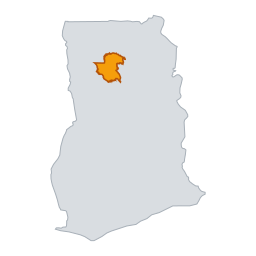 North Gonja, Northern, Ghana shown in context
{"feature_id": "2480657B69696031481498", "entity_name": "North Gonja", "entity_type": "district", "adm_level": 2, "iso_a3": "GHA", "parent_name": "Ghana", "parent_adm1": "Northern", "projection": "mercator", "projection_center": [-1.377, 9.69], "detail": "fine", "context": "in_parent", "style": "filled", "palette": "amber", "viewbox_px": 256, "rotation_deg": 0, "n_neighbors": 0, "source": "geoboundaries", "source_scale": "gbopen_adm2", "svg_char_len": 6681}
<svg xmlns="http://www.w3.org/2000/svg" viewBox="0 0 256 256"><path d="M161.4,17.2L163.6,19.3L164.1,20.5L163.3,25.1L161.7,28.4L160.7,31.4L160.8,32.9L161.8,34.4L165.2,36.7L166.9,38.3L169.0,40.6L171.3,42.9L175.4,45.8L177.1,46.4L177.0,47.2L176.4,48.3L176.1,59.3L175.7,62.2L175.5,63.6L175.1,67.7L174.7,68.3L173.9,68.3L173.2,68.4L173.0,69.2L173.3,70.1L175.7,70.7L175.2,71.3L173.4,71.9L172.6,73.1L172.9,74.5L171.9,75.6L172.2,76.4L172.9,77.0L173.9,76.8L176.7,74.9L177.9,74.7L179.4,75.1L182.1,77.9L182.2,79.4L181.1,84.2L180.0,87.9L179.8,92.9L181.0,95.7L180.8,97.2L179.6,98.6L176.8,100.5L177.0,101.8L178.3,104.2L180.6,107.0L185.3,110.3L187.7,114.7L187.8,116.5L186.3,118.3L184.7,119.8L184.1,122.1L184.9,136.8L181.2,143.1L181.2,144.9L181.5,147.0L182.5,148.3L184.4,148.7L185.9,149.9L185.4,154.4L184.6,158.9L184.4,161.1L184.0,162.2L182.5,163.0L182.0,164.5L182.4,166.2L182.1,167.5L182.9,169.2L184.5,171.4L187.2,176.6L188.3,177.0L188.7,178.1L188.4,179.2L189.5,181.5L192.4,183.8L195.6,185.9L198.1,186.1L198.7,188.0L200.4,190.3L201.6,191.3L203.5,191.9L205.1,192.3L205.1,194.2L202.3,195.6L200.4,197.6L198.9,200.6L196.9,204.0L189.9,205.8L187.2,205.8L172.8,205.9L159.4,212.5L151.7,214.8L146.9,218.6L140.5,221.2L136.0,224.4L126.7,226.0L111.5,231.0L106.8,233.0L101.9,236.5L94.1,240.6L91.0,240.6L84.9,236.7L80.3,234.8L69.0,231.9L60.6,230.7L56.5,229.5L55.4,229.2L56.3,227.9L58.7,227.8L61.2,228.2L63.0,227.1L65.8,227.0L66.5,225.9L66.7,223.1L66.7,220.9L67.6,219.9L67.9,217.2L66.5,211.4L65.6,210.7L60.7,209.9L60.3,208.7L59.4,207.5L58.5,204.4L57.4,199.9L55.7,194.4L52.4,185.2L51.6,181.9L51.0,178.6L50.9,174.6L51.5,173.2L51.4,171.1L51.1,169.1L53.5,164.4L58.0,158.6L59.0,156.6L59.8,155.1L60.0,153.1L60.8,146.4L63.0,138.3L64.3,135.2L65.3,133.6L66.4,130.9L66.7,129.6L70.9,126.4L72.8,125.6L73.2,124.3L72.6,122.9L72.9,122.0L73.9,121.5L75.4,121.2L76.6,119.9L74.8,109.9L73.3,99.9L73.3,99.0L72.4,97.6L71.6,93.5L70.1,91.1L68.2,90.4L68.2,88.1L70.2,84.3L70.7,82.0L69.7,81.4L69.6,79.6L70.3,76.8L69.9,75.0L69.6,73.2L67.5,68.8L67.0,65.7L68.1,63.9L68.0,59.9L66.9,53.8L66.7,49.9L67.5,48.3L67.1,46.7L65.6,45.3L65.5,43.9L66.8,42.5L66.6,41.4L65.0,40.6L63.6,38.7L62.3,35.7L62.6,30.9L65.0,22.1L65.3,21.3L68.0,21.4L68.0,21.8L76.4,21.7L86.1,21.6L97.6,21.5L108.1,21.4L108.6,21.0L110.3,20.5L120.9,21.4L127.5,20.9L130.3,21.2L132.4,21.8L136.9,21.4L139.4,21.7L141.2,23.9L142.0,23.9L143.0,22.9L144.8,21.9L146.7,21.0L148.0,19.3L148.8,18.0L150.0,18.2L151.8,18.2L152.9,17.1L153.4,15.4L161.4,17.2Z" fill="#d9dde1" stroke="#a8b0b8" stroke-width="1"/><path d="M94.6,62.9L95.0,63.2L95.2,63.4L95.4,63.7L96.2,64.5L96.5,65.0L96.9,65.7L97.0,66.1L97.1,66.4L97.1,66.5L97.3,66.7L97.3,66.9L97.4,67.1L97.3,67.4L97.3,67.5L97.2,67.7L97.4,68.1L97.5,68.3L97.6,68.5L97.9,68.9L98.1,69.1L97.9,69.3L97.8,69.5L97.7,69.4L97.6,69.5L97.4,69.7L97.5,69.8L97.3,70.2L97.3,70.3L97.2,70.5L96.9,70.8L96.7,71.3L96.8,71.3L96.7,71.4L96.9,71.6L96.9,71.8L97.0,72.0L97.3,72.1L97.5,72.5L98.1,72.2L98.4,72.2L98.5,72.3L98.6,72.5L98.6,72.8L98.8,72.9L98.8,73.0L98.7,73.1L98.5,73.6L98.8,73.7L98.8,73.8L99.4,73.9L99.5,73.9L99.4,74.2L99.6,74.2L99.6,74.3L101.7,74.3L102.1,74.5L102.4,74.8L102.7,75.3L102.9,75.5L103.1,75.8L103.3,76.0L103.4,76.5L103.4,76.9L103.2,77.1L103.4,77.4L103.5,77.4L103.6,77.5L103.6,77.9L103.6,78.0L103.8,78.4L104.1,78.7L104.1,78.9L104.4,79.1L104.8,79.2L105.3,79.7L106.1,80.1L106.3,80.4L106.5,80.5L106.9,80.6L107.1,80.8L107.3,80.9L107.7,81.3L107.7,81.5L107.9,81.7L108.0,81.8L108.1,81.7L108.2,81.9L108.5,81.9L108.6,82.1L108.8,82.2L109.0,81.9L109.1,81.7L109.3,81.7L109.2,81.5L109.3,81.4L109.4,81.2L109.4,81.3L109.5,81.3L109.5,81.2L109.9,81.1L110.1,80.9L110.2,80.7L110.3,80.7L110.4,80.9L110.4,81.0L110.5,81.2L110.5,81.3L110.4,81.3L110.5,81.4L110.6,81.5L110.6,81.4L110.7,81.5L110.9,81.6L111.1,81.5L111.2,81.4L111.3,81.4L111.2,81.5L111.3,81.5L111.4,81.4L111.5,81.3L111.5,81.2L111.6,80.9L111.6,80.7L111.7,80.8L111.7,80.7L111.8,80.7L111.7,80.5L111.8,80.5L112.0,80.5L112.1,80.4L112.2,80.6L112.9,80.8L113.1,80.7L113.4,80.7L113.5,80.5L113.6,80.4L113.8,80.3L114.0,80.3L114.2,80.5L114.4,80.3L114.5,80.0L114.9,80.1L114.7,79.9L114.8,79.8L114.9,79.7L115.0,79.6L114.9,79.5L115.1,79.6L115.3,79.6L115.4,79.4L115.5,79.3L115.4,79.2L115.5,79.0L115.9,78.9L116.1,78.9L116.1,79.0L116.1,78.8L116.3,78.9L116.4,78.7L116.5,78.7L116.8,78.7L117.0,78.5L117.3,78.7L117.5,78.9L117.8,79.0L118.1,79.3L118.3,79.9L118.7,80.3L119.0,80.5L119.8,81.6L120.1,81.8L120.4,81.8L120.5,82.0L120.6,81.8L120.2,81.4L120.0,81.1L120.0,80.9L120.0,80.7L119.7,80.5L119.6,80.3L119.7,80.2L119.9,80.3L119.8,79.9L120.0,79.6L120.0,79.3L120.1,79.1L120.2,78.9L120.3,78.5L120.4,78.4L120.4,78.0L120.5,77.9L120.5,77.2L120.3,76.9L119.2,74.0L119.0,73.8L118.7,73.7L118.1,73.0L118.1,72.8L118.1,72.6L117.1,71.7L116.3,70.8L116.2,70.7L116.0,70.4L116.2,70.2L116.6,70.1L116.9,69.9L117.5,69.6L117.5,69.4L117.6,69.2L117.9,69.1L118.0,68.9L117.8,68.9L117.7,68.8L117.8,68.7L117.7,68.6L117.8,68.6L117.8,68.4L117.8,68.0L117.9,67.8L117.7,67.7L117.7,67.4L117.4,67.2L117.2,67.1L117.2,66.8L117.0,66.7L116.9,66.5L116.8,66.3L116.9,66.1L116.8,65.9L116.8,65.7L117.0,65.6L116.9,65.4L116.8,65.0L116.9,64.6L116.8,64.4L116.7,64.0L116.9,63.6L117.1,63.5L117.6,63.5L117.7,63.8L118.2,63.7L118.0,63.2L118.3,62.9L118.2,63.1L118.4,63.4L118.7,63.4L118.7,63.5L119.1,63.7L119.5,63.7L119.8,63.2L119.8,62.9L120.2,62.9L120.7,62.8L120.9,62.9L121.0,63.1L121.2,63.3L121.4,63.3L121.5,63.7L121.5,63.8L121.8,63.9L122.1,63.9L122.5,63.7L122.9,64.1L123.0,63.8L122.9,63.7L123.1,63.2L123.0,62.9L123.3,62.4L123.2,62.3L123.4,62.2L123.3,61.9L123.3,61.1L123.0,60.9L122.8,60.5L122.7,60.4L122.8,59.4L122.8,58.9L122.8,58.5L123.3,58.4L123.6,58.5L124.6,59.2L124.8,59.3L125.2,59.3L125.2,59.1L124.9,58.6L124.7,58.3L124.7,58.1L124.3,58.0L124.2,57.8L124.1,57.7L124.0,57.4L123.5,57.5L122.7,57.0L122.1,56.9L121.9,56.8L121.9,56.7L121.7,56.5L121.1,56.4L120.8,56.2L120.5,55.6L120.3,55.6L120.1,55.4L119.9,55.5L119.4,55.6L119.3,55.4L119.1,55.3L118.5,54.9L118.4,54.8L118.2,54.5L118.2,54.4L117.8,54.4L116.6,53.9L116.2,53.5L116.2,53.4L115.9,53.5L115.6,53.5L114.9,53.4L114.8,53.5L114.7,53.5L113.8,53.0L113.5,53.1L112.7,53.0L111.7,53.5L111.4,53.7L111.3,53.8L111.0,53.6L110.7,53.8L110.4,54.1L110.2,54.2L109.9,54.1L109.9,53.8L109.8,53.4L109.6,53.2L109.5,53.5L109.3,53.4L108.8,53.5L108.7,53.9L107.6,54.3L107.3,54.2L107.2,53.9L106.6,54.0L106.2,54.1L106.6,54.7L107.1,54.8L106.9,55.2L106.7,55.3L106.2,55.2L105.8,55.1L105.8,55.4L105.5,55.8L105.1,55.3L104.8,55.6L104.8,55.9L104.7,55.8L104.6,56.2L104.1,56.3L104.0,56.8L104.1,57.1L104.3,57.4L104.2,57.7L104.4,57.9L104.2,58.1L104.3,58.2L104.3,58.5L104.1,58.7L104.1,58.8L104.1,59.2L104.3,59.3L104.5,59.4L104.4,59.7L104.5,59.9L104.4,60.1L104.7,60.5L104.6,60.9L104.7,61.2L104.4,62.9L103.9,63.0L103.1,63.1L94.6,62.9Z" fill="#f59e0b" stroke="#b45309" stroke-width="1.5"/></svg>